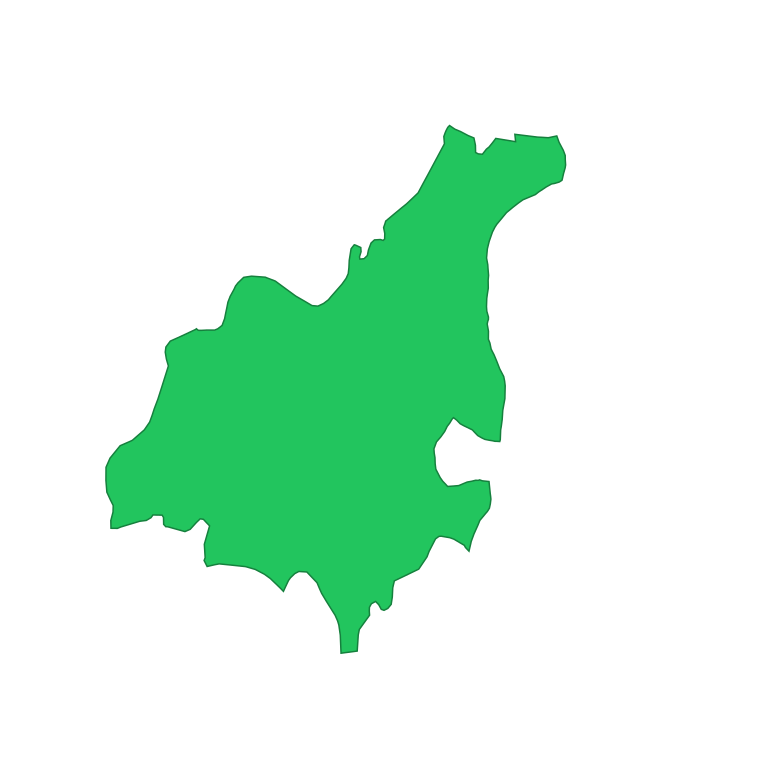 outline of Disuq, Kafr ash Shaykh, Egypt, rotated 226°
{"feature_id": "37247803B5020556280365", "entity_name": "Disuq", "entity_type": "district", "adm_level": 2, "iso_a3": "EGY", "parent_name": "Egypt", "parent_adm1": "Kafr ash Shaykh", "projection": "robinson", "projection_center": [30.711, 31.149], "detail": "fine", "context": "isolated", "style": "filled", "palette": "green", "viewbox_px": 768, "rotation_deg": 226, "n_neighbors": 0, "source": "geoboundaries", "source_scale": "gbopen_adm2", "svg_char_len": 4126}
<svg xmlns="http://www.w3.org/2000/svg" viewBox="0 0 768 768"><g transform="rotate(226 384 384)"><path d="M524.4,610.7L524.3,608.2L523.7,606.3L523.0,604.3L522.4,602.9L520.5,599.0L514.8,594.3L503.8,560.1L500.9,550.9L497.8,541.3L497.8,534.7L497.9,525.4L498.5,518.8L499.3,508.3L500.0,498.4L498.9,496.5L496.8,492.4L491.7,489.1L487.8,485.1L487.9,483.1L490.4,481.8L494.3,477.2L494.4,472.6L491.2,465.9L488.0,461.3L488.0,457.5L488.0,456.7L490.6,453.4L492.5,454.7L495.1,459.4L498.3,462.1L503.4,460.1L504.2,459.7L504.8,459.3L504.3,455.3L504.1,454.2L497.1,444.9L492.0,439.5L488.2,434.9L487.2,432.4L486.3,430.2L485.0,423.0L483.6,406.1L483.2,402.5L483.9,396.5L485.9,390.6L490.4,386.7L499.1,384.3L508.5,381.6L518.8,379.8L533.6,377.3L541.5,373.6L543.3,372.8L553.6,363.6L557.1,358.7L558.2,357.1L558.2,349.2L557.6,345.2L556.3,341.9L553.8,333.9L553.5,333.4L551.3,328.6L548.1,324.0L544.9,319.3L541.7,314.7L538.6,308.2L539.2,302.7L540.5,299.5L545.7,294.2L549.6,289.7L551.6,287.7L554.1,287.4L554.1,286.4L560.7,267.3L563.3,260.1L562.1,252.8L558.9,248.8L553.1,244.8L546.7,241.4L546.4,240.8L536.5,222.6L530.2,210.9L529.3,209.0L525.8,201.6L522.6,195.6L519.4,189.0L517.5,179.7L518.3,163.9L519.3,161.0L522.9,151.4L521.0,135.5L517.2,126.2L516.6,125.6L507.7,116.9L498.7,109.5L491.0,106.8L485.3,105.0L484.6,104.7L480.1,100.1L475.6,92.7L469.9,87.4L469.1,88.1L465.3,92.0L464.0,95.3L454.9,113.0L451.0,118.2L449.7,123.5L450.3,126.8L443.8,133.3L441.2,132.7L436.1,128.0L432.9,127.9L431.6,129.2L416.1,138.3L414.1,143.6L414.7,152.8L414.7,158.1L412.1,160.1L407.7,160.0L403.1,160.0L393.5,143.4L383.3,134.7L382.0,132.0L375.6,130.0L371.7,136.5L369.1,140.5L358.2,149.7L349.0,157.4L347.9,158.1L340.0,162.6L330.3,165.8L323.2,167.1L309.7,167.6L307.9,167.6L304.7,167.6L305.2,168.9L306.5,172.2L309.0,178.8L309.6,182.1L309.6,188.1L308.3,192.5L302.4,197.9L287.6,197.8L281.4,195.4L276.7,193.7L267.7,191.6L251.6,188.2L245.9,186.1L242.0,184.1L233.7,178.1L220.2,166.1L213.8,174.7L210.5,179.2L221.4,191.2L224.6,195.8L227.7,213.0L230.9,215.7L233.5,218.4L234.7,222.3L233.4,226.9L228.9,226.9L223.8,225.5L221.2,226.8L219.9,230.8L220.5,236.1L225.0,242.0L231.3,248.7L234.1,253.0L235.2,254.7L232.3,263.4L226.7,280.4L229.8,294.9L232.3,300.2L236.8,313.5L236.2,317.7L234.8,319.4L227.7,324.6L223.8,326.5L212.2,329.7L209.7,329.0L206.4,329.0L204.7,329.0L208.9,335.5L210.1,337.3L213.9,345.1L214.0,345.3L214.0,345.5L214.9,347.7L215.9,350.2L217.0,353.0L219.3,358.2L219.6,361.1L220.3,367.4L220.4,368.8L220.5,369.8L221.4,373.5L223.9,377.2L226.9,380.9L229.3,382.8L231.5,384.4L240.9,391.8L246.0,387.5L248.6,386.2L249.2,384.9L249.9,384.2L251.2,382.9L253.1,379.6L255.7,375.7L257.0,372.4L259.0,367.2L262.5,362.9L266.1,358.6L269.3,358.7L273.2,358.7L277.7,359.4L286.7,362.1L291.2,365.5L295.6,369.5L299.5,372.2L302.7,374.9L303.5,376.6L305.9,381.5L306.5,388.1L307.7,394.7L309.6,400.0L310.2,404.0L311.5,408.9L311.5,410.6L307.6,411.2L302.5,411.2L298.6,412.4L289.6,415.7L286.4,415.6L281.8,415.6L277.3,416.9L274.1,418.1L270.2,420.8L267.7,422.7L265.7,424.0L264.4,425.3L262.2,427.3L263.1,428.9L269.9,436.0L272.1,439.0L276.4,444.4L282.5,451.1L289.5,460.8L298.5,469.9L302.3,472.8L306.2,475.3L310.9,476.7L314.4,477.7L322.5,481.1L323.3,481.4L328.4,483.4L332.7,484.7L334.8,485.4L340.0,488.7L340.8,489.0L343.7,490.2L349.4,495.8L351.9,497.5L355.6,500.0L355.8,500.4L357.1,502.3L358.0,504.1L359.1,505.1L359.5,505.6L364.9,508.5L368.5,511.5L374.1,517.3L376.8,520.7L380.5,525.6L386.3,531.0L389.5,534.7L393.8,538.2L395.6,539.7L397.7,541.5L403.4,545.3L409.4,552.2L413.5,558.7L418.0,567.6L418.6,569.4L419.7,572.5L420.5,575.8L421.0,580.4L422.2,591.2L421.5,600.1L420.8,606.6L420.0,611.9L418.1,616.8L416.7,620.4L415.1,624.5L414.7,628.7L413.5,635.0L413.1,637.4L411.5,643.5L409.8,646.0L407.6,650.2L406.9,653.5L407.6,654.7L410.7,659.4L413.6,664.4L415.4,666.8L419.3,670.1L422.5,673.1L427.5,675.3L436.2,677.8L442.4,680.6L447.0,673.3L447.1,673.2L451.5,669.2L454.9,666.0L472.7,651.6L466.9,647.0L483.0,635.0L482.4,631.2L482.1,629.2L481.8,626.6L481.5,624.2L481.8,620.8L480.9,614.4L484.0,611.7L486.9,610.7L492.2,615.6L498.5,619.6L504.3,617.1L512.5,614.4L518.1,612.0L524.4,610.7Z" fill="#22c55e" stroke="#15803d" stroke-width="1.5"/></g></svg>